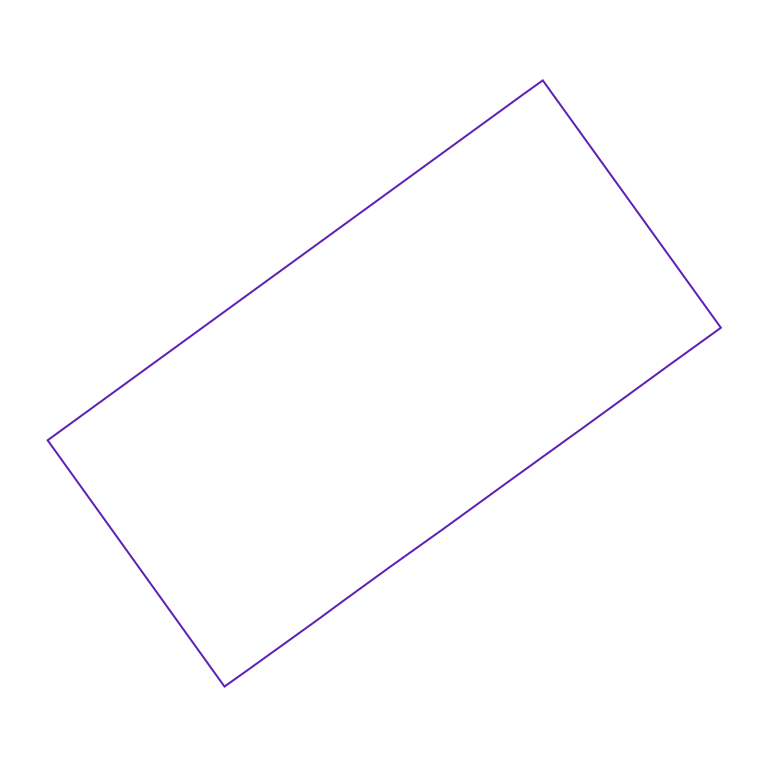 outline of McIntosh, North Dakota, United States of America, rotated 324°
{"feature_id": "52423323B18464688172612", "entity_name": "McIntosh", "entity_type": "district", "adm_level": 2, "iso_a3": "USA", "parent_name": "United States of America", "parent_adm1": "North Dakota", "projection": "natural_earth1", "projection_center": [-99.421, 46.112], "detail": "fine", "context": "isolated", "style": "outline", "palette": "violet", "viewbox_px": 768, "rotation_deg": 324, "n_neighbors": 0, "source": "geoboundaries", "source_scale": "gbopen_adm2", "svg_char_len": 548}
<svg xmlns="http://www.w3.org/2000/svg" viewBox="0 0 768 768"><g transform="rotate(324 384 384)"><path d="M666.9,231.5L78.8,231.8L77.1,535.0L106.1,535.3L167.9,535.6L168.6,535.6L169.7,535.6L190.6,535.7L208.2,535.6L222.9,535.5L265.5,535.5L281.2,535.5L348.2,536.1L350.2,536.1L412.5,536.1L423.5,536.1L428.5,536.1L452.0,536.2L470.9,536.2L485.4,536.3L494.7,536.3L500.1,536.3L513.0,536.4L537.9,536.4L538.3,536.4L543.9,536.4L544.7,536.4L621.9,536.3L628.5,536.3L689.6,536.5L690.9,231.7L666.9,231.5Z" fill="none" stroke="#5b21b6" stroke-width="2"/></g></svg>